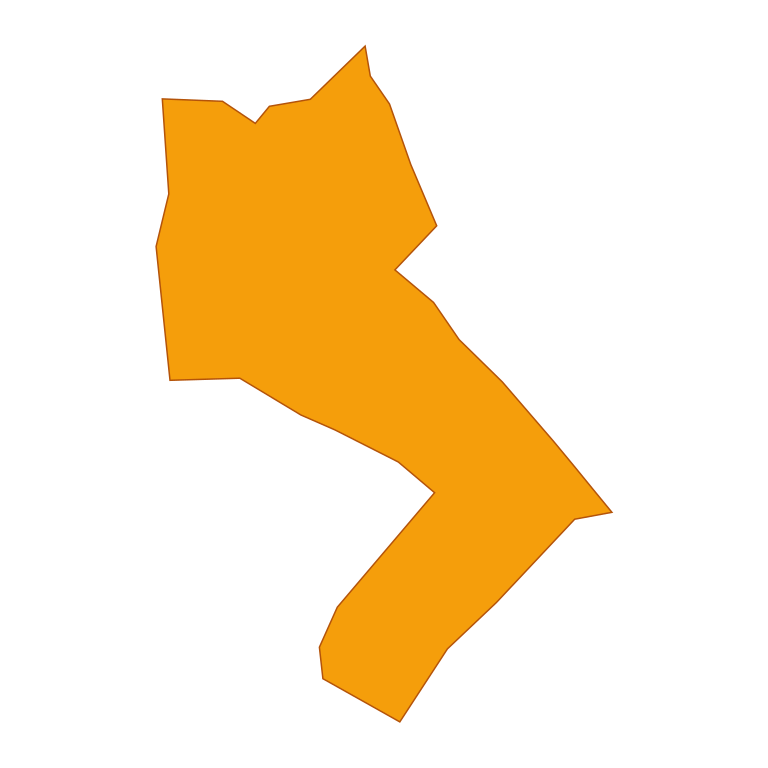 outline of Bayanxangai, Töv, Mongolia
{"feature_id": "93677404B67738090510285", "entity_name": "Bayanxangai", "entity_type": "district", "adm_level": 2, "iso_a3": "MNG", "parent_name": "Mongolia", "parent_adm1": "Töv", "projection": "orthographic", "projection_center": [105.629, 47.811], "detail": "fine", "context": "isolated", "style": "filled", "palette": "amber", "viewbox_px": 768, "rotation_deg": 0, "n_neighbors": 0, "source": "geoboundaries", "source_scale": "gbopen_adm2", "svg_char_len": 548}
<svg xmlns="http://www.w3.org/2000/svg" viewBox="0 0 768 768"><path d="M611.9,512.3L592.7,488.9L573.5,465.4L553.7,441.5L502.4,382.0L459.7,340.2L459.1,339.6L433.6,302.5L394.9,269.9L436.7,225.8L410.8,164.6L389.5,104.0L370.3,76.1L365.1,46.1L310.3,99.3L269.4,106.3L255.3,123.4L222.5,101.3L162.3,98.9L168.8,193.9L156.1,246.5L170.0,380.3L239.8,378.2L300.9,415.0L334.9,429.9L398.3,462.0L434.6,492.7L337.3,607.2L319.4,647.2L322.9,678.7L399.8,721.9L447.4,648.9L496.3,602.6L574.7,519.2L611.9,512.3Z" fill="#f59e0b" stroke="#b45309" stroke-width="1.5"/></svg>